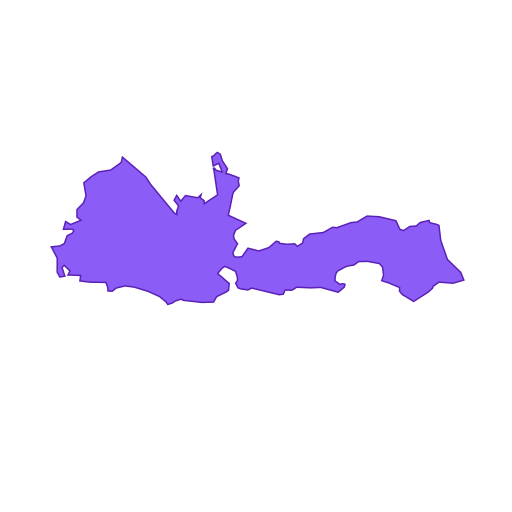 the district of Charleston, South Carolina, United States of America, rotated 36°
{"feature_id": "52423323B18388852349045", "entity_name": "Charleston", "entity_type": "district", "adm_level": 2, "iso_a3": "USA", "parent_name": "United States of America", "parent_adm1": "South Carolina", "projection": "robinson", "projection_center": [-79.938, 32.854], "detail": "fine", "context": "isolated", "style": "filled", "palette": "violet", "viewbox_px": 512, "rotation_deg": 36, "n_neighbors": 0, "source": "geoboundaries", "source_scale": "gbopen_adm2", "svg_char_len": 2630}
<svg xmlns="http://www.w3.org/2000/svg" viewBox="0 0 512 512"><g transform="rotate(36 256 256)"><path d="M89.8,254.5L92.0,259.6L87.9,271.9L79.2,280.5L76.0,288.8L73.7,298.0L83.1,307.2L85.2,314.3L83.9,323.7L88.3,329.8L93.4,329.9L87.5,339.5L81.7,340.0L84.5,347.6L91.6,342.2L93.4,342.5L93.9,343.2L93.8,345.9L91.3,350.5L93.6,358.6L91.3,363.3L85.0,368.9L96.5,374.6L104.6,385.9L109.7,388.3L113.2,384.6L105.7,379.2L106.4,376.3L114.3,377.4L115.0,381.9L125.6,374.8L128.2,379.7L136.4,375.1L137.4,374.5L150.1,365.6L153.8,368.1L154.7,368.8L156.8,371.3L160.4,369.0L161.8,364.0L167.6,357.2L175.9,352.7L189.6,348.0L201.8,345.5L210.1,346.0L213.1,347.1L215.9,343.3L217.3,339.6L220.9,334.8L223.0,334.7L239.3,325.5L248.7,318.3L248.1,311.9L253.2,302.4L253.9,299.8L250.5,294.0L244.6,293.5L235.3,292.7L235.5,289.5L235.7,286.0L237.0,282.6L248.4,280.4L250.6,282.0L253.1,283.9L255.4,286.6L255.4,287.1L255.6,290.0L260.0,292.3L262.5,291.8L269.3,288.3L271.5,284.4L297.5,273.7L300.5,270.9L300.0,268.4L299.5,266.5L304.8,262.8L305.8,261.3L307.2,257.4L319.4,249.3L326.8,243.4L343.8,237.0L345.7,229.5L344.8,226.8L344.1,226.6L342.0,227.8L340.7,229.6L334.6,229.7L332.4,226.5L330.9,222.8L331.0,219.9L334.4,212.8L336.1,210.2L340.5,205.8L342.3,200.2L349.4,194.8L360.2,189.6L365.0,190.6L370.6,196.8L372.2,202.1L379.1,199.8L390.7,197.1L392.8,200.1L396.8,201.2L410.2,200.1L416.5,184.1L417.7,178.6L417.2,176.1L419.4,169.6L431.2,162.3L431.4,162.2L438.3,153.3L431.2,148.9L412.9,146.3L396.3,134.8L386.0,123.7L383.4,124.3L377.1,126.9L375.1,125.5L369.2,132.3L368.0,137.5L363.1,141.7L360.4,148.8L356.6,149.8L348.5,145.2L332.6,151.8L322.4,158.4L317.7,169.3L313.4,172.9L304.7,185.7L301.1,187.7L296.7,197.4L286.5,206.7L284.3,214.1L286.1,217.9L283.8,223.9L280.1,223.4L274.2,228.3L267.4,232.0L266.4,231.1L263.7,232.1L261.5,241.6L255.3,250.3L244.9,254.4L245.1,264.8L242.2,267.4L239.7,269.0L238.2,269.0L235.4,267.1L233.8,256.9L228.1,255.0L225.7,252.5L224.3,247.3L228.6,235.5L217.7,237.7L215.1,238.2L209.7,239.3L208.0,235.6L206.2,231.5L206.2,231.4L202.9,224.2L202.1,222.4L200.6,219.1L200.3,217.4L201.1,209.0L197.7,205.9L196.3,202.8L186.5,205.5L183.1,207.0L181.7,202.2L172.7,198.7L167.4,194.7L163.9,194.9L163.1,197.3L163.3,198.7L161.8,201.7L164.2,204.0L168.5,208.3L171.4,202.9L179.3,207.9L173.4,210.1L170.8,209.4L170.7,209.7L170.4,209.5L170.0,210.1L171.7,211.5L182.4,222.4L185.9,226.0L187.1,227.2L189.0,229.1L185.9,237.3L183.4,244.1L181.4,241.7L176.8,241.8L175.5,238.6L174.7,243.1L163.4,248.6L163.0,255.9L156.2,253.6L157.0,259.0L163.9,261.0L165.6,266.5L167.6,268.9L164.8,269.3L128.6,260.0L123.4,258.0L120.5,256.9L89.8,254.5Z" fill="#8b5cf6" stroke="#5b21b6" stroke-width="1.5"/></g></svg>